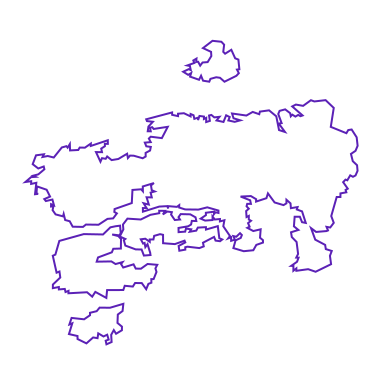 Tjøme nor, Norway (Equal Earth projection), rotated 89°
{"feature_id": "86288312B10899957207180", "entity_name": "Tjøme nor", "entity_type": "district", "adm_level": 2, "iso_a3": "NOR", "parent_name": "Norway", "parent_adm1": "", "projection": "equal_earth", "projection_center": [10.411, 59.111], "detail": "fine", "context": "isolated", "style": "outline", "palette": "violet", "viewbox_px": 384, "rotation_deg": 89, "n_neighbors": 0, "source": "geoboundaries", "source_scale": "gbopen_adm2", "svg_char_len": 6048}
<svg xmlns="http://www.w3.org/2000/svg" viewBox="0 0 384 384"><g transform="rotate(89 192 192)"><path d="M140.2,26.4L132.3,31.3L132.8,34.7L135.9,36.6L129.3,52.1L110.4,48.8L102.5,56.8L103.6,68.1L102.3,71.5L107.8,79.4L106.4,86.6L108.2,90.3L117.4,80.1L118.1,82.2L116.8,84.5L118.4,87.3L116.4,90.4L118.0,91.9L114.9,92.5L111.0,97.4L112.4,103.0L115.5,104.4L124.7,101.2L125.1,104.0L133.6,98.0L131.6,103.9L117.8,106.4L111.7,113.5L112.8,122.7L115.4,123.4L113.0,129.9L116.5,136.3L114.2,150.6L119.0,149.2L121.2,142.5L122.6,148.1L121.1,154.4L117.7,153.0L115.9,156.5L122.5,159.3L120.9,166.2L117.3,163.2L117.8,168.4L115.3,171.3L115.8,173.6L121.2,172.9L122.3,176.6L118.1,176.5L119.2,178.8L116.8,178.7L116.1,183.2L120.2,184.7L117.8,184.7L118.9,188.4L115.3,189.1L114.0,192.0L116.4,192.1L113.1,198.7L113.5,204.6L115.9,204.6L114.5,210.5L112.1,210.5L118.5,236.5L120.3,235.8L121.1,229.9L125.8,234.4L130.5,235.2L130.6,232.2L127.0,232.9L126.5,230.7L128.3,229.2L126.4,215.1L137.6,221.2L136.0,232.3L137.8,234.2L141.4,232.4L141.8,238.3L145.5,236.9L146.2,232.4L149.8,233.2L152.1,237.7L155.7,237.7L157.4,240.7L154.7,249.6L154.5,253.3L156.9,255.5L152.6,256.2L157.7,265.1L158.7,271.8L155.0,276.2L157.3,277.7L156.6,281.4L160.1,283.0L150.4,287.3L150.6,281.3L147.0,282.0L144.7,278.3L142.3,278.3L142.4,275.3L138.8,275.3L144.2,292.4L141.8,292.3L145.8,298.3L145.6,303.5L148.0,305.0L148.3,313.2L141.9,313.3L145.5,315.6L144.0,316.8L145.2,321.4L155.1,329.6L153.5,335.6L154.4,340.8L151.7,339.4L152.6,347.3L161.4,350.8L165.8,345.3L163.9,339.8L166.7,339.2L171.7,345.4L172.9,350.4L174.1,348.1L174.3,352.6L179.1,358.4L178.4,352.6L181.1,352.7L180.1,347.5L191.5,349.0L191.2,345.9L190.6,347.5L183.7,346.9L187.2,337.3L194.1,334.0L196.5,339.8L198.5,338.3L197.1,331.7L203.0,330.2L201.7,333.1L204.1,333.2L204.1,330.9L207.7,331.7L212.0,328.8L214.1,321.4L211.7,320.7L217.8,319.3L219.1,314.8L224.6,311.9L225.0,301.6L222.7,298.6L223.1,286.0L217.4,277.0L217.0,271.3L212.1,267.5L210.6,270.0L207.7,269.7L202.0,252.4L188.9,251.5L188.4,242.8L190.4,241.1L185.6,241.1L182.4,229.9L184.7,232.9L189.5,232.2L190.8,229.3L191.9,233.4L196.7,232.3L196.5,237.5L203.8,235.4L202.4,240.6L207.3,237.7L207.2,241.4L210.8,241.4L206.0,225.0L205.7,216.9L208.1,216.2L205.7,216.2L206.6,207.3L204.9,205.0L207.3,205.1L209.3,199.2L209.7,185.9L207.6,177.0L211.0,165.9L213.4,165.9L212.7,168.9L214.5,170.4L212.1,170.4L213.0,178.5L215.4,178.5L218.8,183.8L220.8,179.4L220.4,171.9L216.8,171.9L219.9,169.7L219.5,164.5L221.9,164.6L220.8,160.1L226.8,161.3L236.7,154.8L239.0,156.6L237.9,153.7L241.5,153.7L240.4,150.0L236.8,151.4L237.5,148.5L234.0,144.7L235.9,142.9L238.8,144.1L241.1,149.3L248.8,151.6L252.1,141.3L251.3,131.7L246.0,128.6L243.8,121.9L241.4,121.9L238.9,124.8L230.5,124.0L232.1,131.4L228.8,137.3L227.7,135.0L224.1,136.5L221.8,133.5L220.5,135.7L216.9,135.6L218.0,137.9L212.0,138.2L209.7,135.5L207.2,137.7L204.8,137.0L204.9,133.3L201.3,134.0L197.4,143.5L197.1,133.2L200.3,128.0L202.7,128.1L199.5,117.7L194.7,116.1L203.9,109.6L206.7,100.7L205.0,97.8L201.4,97.7L205.1,93.7L209.9,93.4L208.9,86.7L211.3,87.5L213.3,82.3L224.9,78.8L224.1,82.5L218.6,84.6L218.5,89.8L228.1,90.7L231.8,86.3L234.0,93.7L238.8,93.0L243.8,88.3L255.8,87.0L259.4,88.9L259.5,86.6L263.6,88.2L267.6,94.1L267.7,91.9L272.5,92.0L270.2,89.0L272.6,89.0L271.2,77.2L273.9,69.8L266.6,54.2L258.2,55.2L253.4,53.3L251.4,59.2L247.2,59.8L241.8,69.6L230.2,73.6L234.1,68.6L233.4,58.2L232.8,56.7L229.2,58.1L229.9,54.4L225.3,50.8L218.5,53.2L199.5,47.4L199.6,43.7L196.0,43.6L195.0,37.7L192.6,38.4L191.4,36.2L184.8,40.7L182.3,38.3L183.0,36.5L178.1,33.5L179.6,30.8L178.3,28.2L173.7,26.1L168.1,26.5L164.0,30.7L156.7,32.4L153.7,27.8L148.7,25.6L140.2,26.4ZM267.7,229.9L264.2,228.0L263.2,237.7L267.8,244.4L267.6,249.6L263.3,251.7L266.3,262.1L262.8,264.2L260.9,262.7L262.7,269.7L260.0,273.8L260.0,288.5L255.8,287.1L250.9,273.2L247.4,271.7L247.3,264.1L237.8,263.8L234.8,266.4L233.1,272.6L234.1,265.2L231.7,264.0L224.4,264.5L224.9,269.0L225.9,274.2L232.9,281.7L232.2,300.9L238.6,325.5L252.2,329.7L253.3,332.3L270.3,328.8L269.2,325.9L275.2,325.2L282.1,332.7L285.7,332.8L284.7,326.8L287.1,326.8L286.7,320.9L289.8,320.2L288.7,317.2L291.1,317.3L290.4,298.7L294.9,293.6L290.2,290.4L296.4,279.5L288.6,278.6L288.8,262.4L284.6,260.9L285.5,252.8L282.0,250.5L282.2,243.8L288.4,239.5L283.1,237.2L282.0,234.2L278.4,234.2L278.4,231.9L271.3,228.9L267.7,229.9ZM241.7,164.8L240.0,162.6L238.7,165.5L226.6,166.8L229.8,178.7L227.4,178.7L227.7,186.8L230.7,188.4L231.7,195.0L229.3,193.5L228.5,198.7L231.5,199.5L231.9,206.1L227.7,206.1L226.2,196.4L224.5,193.5L220.9,192.7L221.1,188.2L217.4,188.9L214.3,194.1L213.9,203.7L216.9,205.9L219.3,204.5L219.7,209.7L214.2,213.3L211.8,212.5L211.1,217.0L213.9,221.5L210.4,219.2L210.2,225.1L212.6,225.1L214.1,234.0L218.6,243.7L217.5,257.0L223.3,261.6L228.2,261.3L235.2,265.0L237.8,259.5L239.0,261.0L244.4,259.6L248.4,249.3L248.6,243.4L254.7,241.2L254.3,234.6L251.9,234.9L243.4,237.4L246.3,239.6L242.1,240.3L242.7,241.8L238.4,244.0L237.9,239.5L241.1,235.1L238.7,235.1L238.8,231.4L235.2,230.6L233.6,224.7L234.3,221.7L242.7,221.8L243.8,210.0L240.5,200.3L242.3,199.6L245.7,206.3L250.5,205.7L249.5,199.7L247.1,199.7L246.6,197.5L248.2,185.6L246.6,181.2L242.9,181.9L237.3,170.7L241.0,169.3L241.7,164.8ZM313.2,268.3L309.8,263.5L302.6,262.6L306.3,276.0L306.0,286.4L309.5,289.4L311.0,296.1L313.4,296.1L317.4,302.1L315.8,314.6L322.3,316.9L321.2,314.0L331.9,317.5L334.0,309.0L337.0,309.0L341.5,300.2L335.7,293.4L336.5,289.0L331.7,288.2L334.9,283.0L333.2,279.3L338.1,277.9L339.2,280.9L342.8,280.2L340.6,275.0L333.4,275.3L328.7,272.6L332.4,270.4L329.0,264.5L325.4,264.4L321.6,268.8L313.2,268.3ZM70.1,142.5L60.4,143.3L59.1,146.5L50.5,150.2L54.3,156.5L52.4,158.3L45.3,157.3L42.3,160.0L41.2,168.9L48.3,178.5L52.2,170.5L56.4,170.3L62.4,174.1L62.7,179.2L65.8,181.6L61.9,183.6L62.0,185.5L58.7,185.2L60.5,188.4L63.0,187.4L65.4,194.5L66.0,191.9L70.1,191.1L69.1,193.1L71.6,198.7L74.8,193.8L73.1,190.8L76.6,191.9L79.9,183.0L75.9,180.9L80.9,179.0L82.0,172.8L79.2,171.6L77.7,165.8L78.3,162.0L82.3,157.6L76.6,145.6L74.0,143.1L70.4,144.9L70.1,142.5Z" fill="none" stroke="#5b21b6" stroke-width="2"/></g></svg>